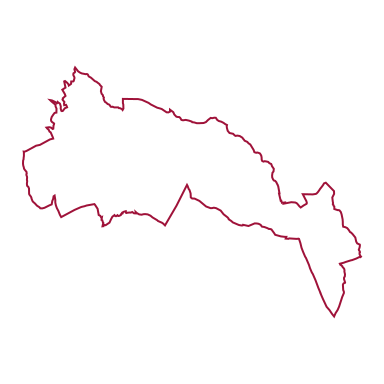 Mariano Escobedo, Veracruz, Mexico
{"feature_id": "50627088B59483317107239", "entity_name": "Mariano Escobedo", "entity_type": "district", "adm_level": 2, "iso_a3": "MEX", "parent_name": "Mexico", "parent_adm1": "Veracruz", "projection": "orthographic", "projection_center": [-97.17, 18.926], "detail": "fine", "context": "isolated", "style": "outline", "palette": "rose", "viewbox_px": 384, "rotation_deg": 0, "n_neighbors": 0, "source": "geoboundaries", "source_scale": "gbopen_adm2", "svg_char_len": 5892}
<svg xmlns="http://www.w3.org/2000/svg" viewBox="0 0 384 384"><path d="M40.3,208.3L42.2,208.4L44.5,207.8L49.3,205.4L51.7,204.4L52.3,200.9L53.1,199.1L53.6,196.3L54.6,195.6L55.3,200.0L55.3,202.6L55.9,205.4L56.9,208.2L58.3,210.8L59.9,214.8L61.2,217.1L74.6,209.9L80.5,207.3L81.6,206.9L84.6,206.2L86.6,205.5L94.4,204.1L95.0,204.8L97.6,208.8L98.7,215.0L100.3,215.8L101.3,217.7L101.5,217.7L101.9,217.4L101.5,219.9L102.3,220.3L103.0,222.7L103.4,223.1L103.0,224.0L102.5,226.3L103.4,226.2L103.2,224.8L105.6,225.2L109.5,222.6L111.0,219.3L112.4,216.7L114.5,215.1L115.0,215.9L115.3,216.1L116.1,216.2L117.5,215.2L118.0,215.9L118.8,216.0L120.8,215.1L121.0,214.2L122.5,213.5L122.3,213.1L122.0,212.9L122.1,212.7L123.7,211.8L125.8,211.2L126.0,212.8L126.5,213.0L127.6,212.7L130.0,212.5L130.6,212.6L131.4,212.4L132.2,212.0L134.0,213.3L136.0,213.4L135.7,212.0L136.8,213.0L139.2,214.4L141.6,214.7L143.5,214.2L145.2,214.1L147.7,214.4L150.5,215.7L152.5,217.4L157.2,220.2L158.0,221.0L161.9,222.7L163.2,223.6L165.0,225.4L176.5,205.7L187.0,184.9L187.6,186.0L188.7,189.0L189.5,190.0L190.6,193.4L190.8,197.4L192.1,198.5L194.6,198.6L199.4,200.9L206.1,206.5L210.4,208.1L212.1,208.1L213.9,207.7L216.2,208.2L220.7,210.6L223.6,214.3L227.6,217.4L228.6,218.6L228.7,219.3L231.3,221.0L232.8,222.4L238.9,225.0L241.5,225.5L242.7,225.4L243.0,224.8L248.5,226.0L254.7,223.4L257.0,223.5L258.6,223.8L260.6,224.8L261.9,226.6L264.3,227.0L267.3,228.1L269.0,229.0L269.7,228.9L271.4,229.4L274.2,233.2L275.2,234.8L280.9,236.4L285.3,236.9L286.3,236.9L285.7,238.6L288.5,238.8L289.2,238.4L296.6,238.9L298.6,238.7L299.0,238.9L300.4,243.1L301.5,247.7L302.9,251.4L305.1,256.6L306.0,258.0L306.8,259.9L309.0,265.0L310.0,268.2L311.8,272.4L312.8,274.0L315.5,280.2L318.4,288.0L320.3,292.5L320.2,292.5L320.4,293.1L323.0,299.1L326.6,306.8L329.5,310.1L331.9,313.7L334.1,316.5L335.6,313.1L337.6,310.0L339.1,306.6L342.2,297.0L343.9,293.0L343.9,291.9L343.6,290.9L343.2,290.0L342.9,284.8L343.4,283.6L344.4,282.9L345.0,282.8L345.1,282.5L344.0,279.0L344.1,277.5L344.8,276.5L345.0,274.3L344.4,271.6L344.5,270.6L344.3,269.2L343.8,268.3L342.7,267.2L342.3,266.2L341.7,265.8L341.6,265.5L340.2,264.6L340.2,264.3L339.9,263.7L343.8,262.7L345.6,262.0L350.7,260.4L352.1,260.1L356.4,258.5L359.2,257.1L360.4,257.2L361.0,256.6L360.3,255.8L359.5,254.0L359.6,252.6L359.9,252.4L359.8,251.4L359.1,250.5L358.8,249.7L359.3,248.4L359.7,247.0L359.9,245.5L359.8,244.6L357.2,243.4L356.2,241.6L355.3,237.5L352.6,234.1L351.0,232.5L350.1,232.1L348.7,229.9L347.2,228.1L345.4,227.2L343.2,226.7L342.8,224.4L342.8,221.9L342.6,219.3L341.6,214.4L340.8,212.0L339.5,210.4L338.7,210.1L337.6,210.1L334.3,209.0L334.3,206.5L333.4,205.5L333.4,204.9L332.8,204.1L333.1,203.1L332.8,201.8L332.3,197.5L334.1,193.9L334.0,191.1L325.8,182.7L324.0,183.4L323.1,185.0L322.0,186.5L320.1,188.9L319.2,190.3L317.9,192.1L316.7,193.4L315.9,193.9L312.8,194.4L302.8,194.2L305.5,199.5L306.2,200.7L306.8,202.6L306.7,203.6L306.4,203.9L303.7,205.4L300.7,207.5L299.4,206.3L297.6,204.1L296.6,203.1L295.2,202.5L291.3,202.2L284.0,203.6L284.6,202.5L281.9,202.8L281.3,200.7L280.7,200.8L279.0,193.5L279.5,193.4L278.2,186.2L277.8,185.5L277.6,184.6L277.0,183.8L276.4,182.3L275.2,180.9L273.9,180.5L273.1,179.5L272.2,177.4L272.1,175.4L272.5,172.7L273.5,171.5L273.8,168.8L272.0,166.2L271.5,164.7L271.2,164.0L269.4,163.2L268.2,161.9L266.0,161.4L264.5,161.2L263.6,161.6L262.3,161.1L261.7,159.8L261.6,157.3L261.2,155.5L260.0,153.5L258.7,152.9L257.1,152.5L256.2,152.8L254.4,152.2L253.6,149.9L250.3,144.5L248.5,143.3L247.3,141.9L244.6,140.7L243.9,139.6L243.1,138.8L242.4,137.7L239.7,136.0L237.4,135.6L235.5,135.9L234.7,135.4L233.1,133.8L229.5,133.0L227.7,130.8L226.9,127.9L226.7,126.1L227.0,125.0L225.2,124.1L223.6,122.9L221.3,121.7L218.8,121.0L217.2,119.9L215.8,117.8L214.3,117.7L212.2,118.2L210.7,117.9L208.0,120.0L205.9,122.1L203.6,123.0L199.1,123.2L196.8,123.2L194.1,122.4L192.2,122.2L191.8,121.6L188.9,120.6L185.7,119.9L183.0,120.3L181.4,119.9L180.3,118.0L179.4,117.1L177.9,117.0L176.4,116.7L174.3,114.5L173.3,112.2L170.0,109.7L170.0,111.6L168.4,112.4L166.6,112.3L161.7,109.0L159.8,108.4L157.2,107.7L150.7,104.4L148.6,102.9L142.0,99.9L138.2,99.1L122.9,98.9L122.9,103.1L123.3,104.6L123.4,108.6L122.6,110.0L122.0,109.2L121.3,108.8L119.8,108.1L118.9,108.1L118.2,107.4L114.2,107.4L112.6,106.7L112.0,106.9L110.7,106.7L110.3,106.1L109.6,105.0L109.0,104.5L107.6,104.0L106.3,102.7L105.0,101.9L103.9,99.8L103.6,98.6L103.9,97.6L103.0,96.2L102.9,95.2L101.6,93.7L100.9,91.1L101.7,86.8L99.9,84.9L99.4,84.0L97.2,82.4L96.7,81.9L94.8,81.1L91.0,77.7L88.7,76.4L87.8,74.5L86.9,74.0L85.8,74.2L81.7,73.4L80.0,72.6L78.1,71.3L75.1,67.5L74.4,69.2L75.1,71.9L74.7,72.5L73.5,73.3L73.3,74.2L73.4,75.3L74.3,77.0L74.5,77.9L74.3,78.8L74.0,79.8L73.8,80.8L73.6,81.1L73.3,81.4L71.2,81.5L71.1,83.8L70.7,84.2L68.8,85.5L68.6,84.5L67.1,82.7L65.0,81.0L64.2,81.4L65.5,87.6L62.3,89.7L64.8,94.0L65.5,95.9L62.9,98.2L63.0,98.7L62.5,99.4L62.6,99.8L64.4,102.0L64.0,103.4L64.2,105.2L66.0,104.8L66.6,105.9L67.1,107.3L64.9,108.2L62.7,111.0L61.8,111.1L61.3,110.8L61.0,109.7L60.7,108.6L60.8,106.4L59.9,103.6L59.2,103.1L58.7,102.9L57.8,102.1L57.7,102.6L56.9,103.3L55.9,102.3L51.9,100.4L50.1,100.1L51.3,101.3L55.4,104.7L55.6,106.5L56.5,108.6L56.4,112.6L54.6,112.9L53.3,114.6L51.7,117.0L51.0,119.4L51.1,120.8L51.9,121.9L54.1,123.5L54.0,124.3L53.5,125.6L53.3,128.7L52.7,129.0L51.0,127.6L49.2,127.2L46.5,127.6L47.4,128.7L48.7,129.8L49.5,131.6L50.7,132.4L52.9,137.5L53.2,138.6L50.0,139.4L39.9,144.9L36.1,145.7L26.4,151.0L24.4,151.7L23.7,151.6L23.9,152.6L23.9,156.0L23.6,158.1L23.6,159.1L23.1,160.7L23.0,163.8L23.3,165.8L23.8,167.3L24.0,168.6L24.7,169.7L26.5,171.9L26.7,173.7L26.4,174.1L26.4,175.0L27.0,176.7L27.1,177.6L26.9,180.0L27.2,181.0L26.9,183.6L27.0,185.0L27.2,185.9L28.3,186.8L28.4,187.2L29.0,188.4L29.1,193.7L29.3,194.5L30.9,196.6L31.4,197.7L31.5,198.5L32.4,200.8L32.8,201.5L33.5,202.2L34.8,203.3L37.0,205.7L39.5,207.3L40.3,208.3Z" fill="none" stroke="#9f1239" stroke-width="2"/></svg>